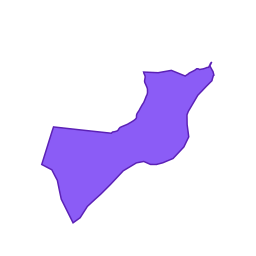 Bois Patat, Castries, Saint Lucia, rotated 135°
{"feature_id": "8701671B97832675692274", "entity_name": "Bois Patat", "entity_type": "district", "adm_level": 2, "iso_a3": "LCA", "parent_name": "Saint Lucia", "parent_adm1": "Castries", "projection": "robinson", "projection_center": [-60.983, 14.009], "detail": "fine", "context": "isolated", "style": "filled", "palette": "violet", "viewbox_px": 256, "rotation_deg": 135, "n_neighbors": 0, "source": "geoboundaries", "source_scale": "gbopen_adm2", "svg_char_len": 1413}
<svg xmlns="http://www.w3.org/2000/svg" viewBox="0 0 256 256"><g transform="rotate(135 128 128)"><path d="M29.9,104.6L28.0,107.8L27.2,110.7L26.2,114.0L22.1,115.5L24.1,115.3L24.7,115.0L28.1,113.9L29.3,114.9L31.2,115.7L33.1,116.7L34.5,117.7L36.1,118.8L36.3,119.7L36.7,120.5L37.5,121.3L39.0,121.5L40.2,121.7L45.4,123.4L46.3,123.6L47.1,123.6L50.1,124.2L50.8,124.3L56.6,138.1L67.6,145.8L77.4,156.5L77.6,156.1L77.9,155.8L78.3,154.8L79.1,152.8L79.9,151.8L81.6,150.6L83.1,149.5L84.0,148.2L84.6,146.5L85.2,145.0L86.0,143.0L86.7,141.8L89.1,139.3L90.7,138.2L92.8,137.5L94.1,136.9L96.4,135.9L98.9,134.9L101.4,134.4L105.4,133.3L107.9,132.5L109.1,132.3L111.4,131.8L112.8,131.1L113.6,130.4L114.6,129.4L115.4,129.1L116.4,129.0L118.4,129.2L120.3,129.6L122.0,130.0L123.4,130.4L125.7,131.0L128.4,132.1L131.3,133.3L133.2,134.0L134.8,133.9L136.4,133.5L137.7,133.6L138.7,134.1L139.8,134.7L141.8,136.1L143.5,136.1L164.6,162.3L179.9,181.4L184.3,179.2L214.8,163.2L211.4,152.3L213.4,146.1L215.0,140.9L221.0,131.8L225.5,124.9L233.9,99.8L225.3,98.4L224.9,98.5L212.1,101.3L201.8,100.9L193.7,100.5L180.0,100.5L161.6,101.1L156.0,99.7L146.7,97.4L143.6,95.3L140.5,93.2L137.9,86.4L133.8,82.2L128.0,78.8L117.7,74.6L101.9,75.1L96.5,77.0L91.3,78.8L88.3,82.7L83.7,88.7L77.0,95.6L73.6,97.1L65.1,99.3L55.5,101.8L42.8,102.1L40.5,102.1L35.2,102.1L34.1,102.8L30.6,104.7L30.3,104.7L29.9,104.6Z" fill="#8b5cf6" stroke="#5b21b6" stroke-width="1.5"/></g></svg>